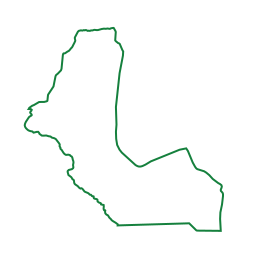 the border of Western Bahr el Ghazal, rotated 6°
{"feature_id": "SDS-873", "entity_name": "Western Bahr el Ghazal", "entity_type": "State", "adm_level": 1, "iso_a3": "SSD", "parent_name": "South Sudan", "parent_adm1": "", "projection": "robinson", "projection_center": [25.577, 8.526], "detail": "fine", "context": "isolated", "style": "outline", "palette": "green", "viewbox_px": 256, "rotation_deg": 6, "n_neighbors": 0, "source": "natural_earth", "source_scale": "10m", "svg_char_len": 3787}
<svg xmlns="http://www.w3.org/2000/svg" viewBox="0 0 256 256"><g transform="rotate(6 128 128)"><path d="M31.5,141.3L31.2,141.3L29.6,140.9L28.9,140.6L27.7,139.8L26.5,138.8L25.5,137.5L25.0,136.0L25.2,134.3L25.8,132.5L28.3,127.7L28.8,127.1L30.6,125.7L30.9,125.2L30.7,124.6L29.5,123.5L29.1,122.8L29.3,122.0L30.2,120.7L30.3,119.9L29.4,119.4L27.7,119.5L27.3,119.5L27.5,119.2L27.6,118.5L27.9,118.1L30.5,115.8L31.9,115.1L36.8,111.5L37.9,111.3L42.0,110.8L44.2,110.0L44.7,109.7L45.0,109.3L45.0,103.8L45.0,103.5L45.3,102.7L49.4,94.8L49.6,94.3L49.6,94.0L50.5,84.2L50.8,83.2L51.2,82.6L52.5,81.3L55.3,77.7L55.6,76.5L55.7,75.9L55.6,62.2L55.8,61.1L56.0,60.8L56.1,60.6L56.3,60.5L56.7,60.5L57.2,60.4L57.6,60.2L58.0,59.9L59.6,58.5L61.2,57.4L61.8,56.6L63.0,54.7L63.6,54.0L64.0,53.4L64.4,52.5L64.7,51.6L65.8,48.8L66.3,47.3L66.4,47.0L66.4,46.6L66.4,46.4L66.2,45.8L65.9,44.8L65.8,44.6L65.7,44.0L65.7,43.6L65.9,43.0L68.1,37.5L68.6,36.9L68.9,36.6L69.2,36.4L69.9,36.2L70.6,35.9L71.1,35.8L72.2,35.9L72.7,35.8L73.8,35.3L74.1,35.3L74.6,35.4L74.9,35.3L75.3,35.1L75.7,35.1L76.0,35.0L76.5,35.1L76.8,35.2L77.2,35.4L77.5,35.5L77.8,35.6L78.0,35.6L78.3,35.5L78.7,35.3L79.0,35.3L79.5,35.4L80.0,35.4L80.8,34.9L81.1,34.8L81.6,34.8L81.9,34.7L82.4,34.7L82.9,34.5L83.3,34.3L84.0,34.0L84.5,33.9L85.1,33.9L86.9,33.9L87.4,33.8L88.0,33.7L91.5,32.3L93.4,31.8L93.7,31.7L95.2,31.7L96.2,31.5L96.9,31.3L97.2,31.2L99.0,31.3L99.4,31.3L99.8,31.2L100.7,30.6L102.8,30.0L103.3,30.0L105.4,32.9L105.6,33.3L105.7,33.6L105.8,33.8L106.1,41.8L106.1,42.1L106.3,42.4L106.6,42.7L106.9,43.0L108.6,44.1L109.2,44.5L110.5,44.9L110.9,45.2L111.1,45.4L111.3,45.8L114.1,50.8L114.6,51.6L115.2,52.3L115.4,56.6L113.9,74.3L113.8,108.4L116.2,125.9L116.4,133.0L117.4,140.1L119.0,146.0L121.8,150.4L124.4,153.1L139.4,164.1L141.3,164.9L142.8,165.2L144.1,165.1L145.2,164.8L146.4,164.3L149.2,162.6L154.2,158.8L181.6,144.2L188.0,142.2L190.0,144.6L196.0,155.6L198.8,159.6L199.9,160.8L200.5,161.3L201.4,161.7L208.3,163.1L210.5,164.2L213.8,166.4L217.6,169.8L223.4,173.3L225.3,174.1L226.8,175.0L227.4,176.2L227.3,177.6L226.9,178.9L226.7,179.9L227.0,180.9L228.8,182.5L229.4,183.8L229.6,185.8L229.5,194.2L228.7,202.3L229.1,208.8L231.0,220.6L207.8,222.8L207.2,222.8L206.6,222.6L206.2,222.3L198.8,216.4L129.1,225.8L127.9,226.0L127.9,224.9L125.6,223.5L123.0,222.3L121.4,221.4L120.6,220.5L118.8,219.1L117.3,217.1L116.6,216.7L115.8,216.5L114.8,215.7L114.3,215.1L114.1,214.5L114.1,214.0L113.9,213.3L113.9,213.0L113.9,212.7L114.0,212.4L113.8,212.2L113.5,212.2L113.2,212.3L112.9,212.3L112.7,212.1L112.2,211.0L112.1,208.3L111.8,207.1L109.8,206.9L109.2,206.8L109.1,206.4L109.1,206.1L108.8,205.7L108.4,205.5L107.4,205.3L107.0,205.2L105.5,204.3L105.3,203.8L105.2,202.8L105.0,202.4L104.3,202.0L102.2,201.8L101.5,201.5L101.1,200.7L101.1,200.0L100.9,199.6L99.7,199.5L99.2,199.4L98.5,198.6L98.1,198.3L97.2,198.3L96.8,198.2L95.7,197.2L94.8,196.8L92.0,196.0L91.3,195.6L89.3,193.5L88.6,193.0L87.8,192.8L87.0,193.2L85.8,192.6L84.0,191.0L81.4,189.6L80.8,189.1L80.3,188.3L80.1,187.6L79.8,186.1L79.4,185.4L79.1,185.1L78.4,184.9L78.0,184.6L77.8,184.3L77.3,183.5L77.0,183.1L76.4,182.6L73.7,181.0L72.7,178.4L72.5,177.6L72.6,177.0L73.5,175.9L76.5,174.8L77.6,173.7L77.8,172.8L77.6,172.1L77.4,171.3L77.2,170.6L77.4,168.3L77.3,167.6L77.1,166.7L76.4,165.3L75.9,163.7L75.5,162.9L74.9,162.2L73.8,161.8L73.5,161.5L73.3,161.2L72.9,161.0L71.8,160.8L71.2,160.8L69.8,161.1L69.1,161.2L67.7,160.6L66.4,159.4L64.2,156.6L63.8,156.4L63.4,156.1L63.1,155.8L62.9,155.4L62.8,154.5L61.9,153.4L61.8,151.5L61.3,150.7L57.4,146.6L55.9,145.9L53.3,145.5L51.9,144.6L50.9,144.5L50.1,144.5L47.5,144.0L44.3,144.5L42.9,144.5L41.4,143.5L41.0,143.4L40.6,143.1L40.4,142.8L40.2,142.3L39.1,141.2L37.6,141.4L34.6,142.5L34.4,142.4L33.6,141.7L33.3,141.5L33.0,141.4L32.3,141.4L31.5,141.3Z" fill="none" stroke="#15803d" stroke-width="2"/></g></svg>